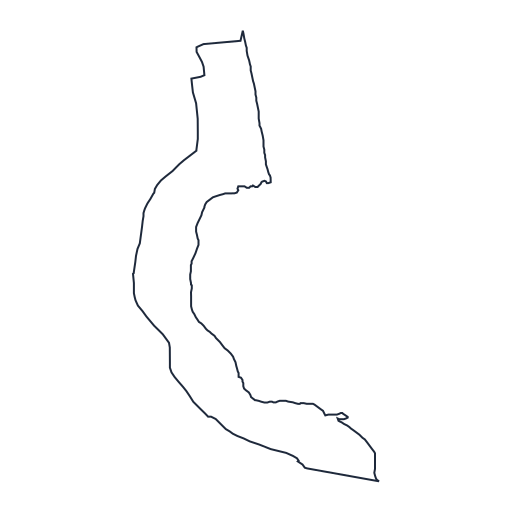 the district of Fayid, Al Isma`iliyah, Egypt
{"feature_id": "37247803B37861588601733", "entity_name": "Fayid", "entity_type": "district", "adm_level": 2, "iso_a3": "EGY", "parent_name": "Egypt", "parent_adm1": "Al Isma`iliyah", "projection": "albers", "projection_center": [32.345, 30.367], "detail": "fine", "context": "isolated", "style": "outline", "palette": "slate", "viewbox_px": 512, "rotation_deg": 0, "n_neighbors": 0, "source": "geoboundaries", "source_scale": "gbopen_adm2", "svg_char_len": 4100}
<svg xmlns="http://www.w3.org/2000/svg" viewBox="0 0 512 512"><path d="M379.0,481.3L376.7,479.7L375.9,478.2L375.1,475.9L374.3,472.8L375.0,468.9L375.0,464.2L375.0,460.3L375.0,457.2L375.0,453.3L374.2,451.8L371.8,448.7L369.5,445.6L367.2,442.5L364.8,439.4L362.5,437.8L359.4,434.7L356.3,432.4L353.2,430.1L350.9,428.5L349.3,427.0L347.0,425.4L345.5,424.7L343.9,423.9L341.6,422.3L340.0,421.6L338.5,420.8L337.7,418.5L339.2,419.2L341.6,419.2L343.9,419.2L346.2,418.4L347.7,417.6L347.7,416.9L345.4,415.3L343.1,413.8L342.3,413.0L340.8,413.0L339.2,413.8L336.9,414.6L334.6,414.6L332.3,414.6L330.0,414.6L328.4,414.6L325.3,415.4L324.5,413.9L323.0,410.8L320.7,409.2L317.6,406.9L314.5,404.6L312.9,403.8L311.4,403.8L307.5,403.8L306.7,403.8L303.6,403.1L302.1,403.1L300.6,403.1L299.8,403.9L298.2,403.9L295.1,403.1L292.8,402.3L288.2,401.6L285.9,400.8L284.3,400.8L282.0,400.8L279.7,400.8L277.4,401.6L275.8,402.4L273.5,402.4L272.0,401.7L269.7,401.7L267.4,402.5L264.3,402.5L261.2,401.7L258.9,400.9L255.8,400.2L255.0,400.2L251.1,397.1L250.3,394.8L248.8,392.4L245.7,390.1L244.9,389.3L244.1,388.6L243.3,386.2L243.3,383.1L242.5,381.6L242.5,380.0L241.0,377.7L238.6,376.9L238.6,374.6L238.6,373.9L238.6,373.0L237.8,371.5L237.0,368.4L236.3,366.0L235.5,362.2L233.9,359.0L233.1,356.7L230.8,353.6L227.7,350.5L224.6,348.2L222.2,345.1L219.9,342.0L217.6,339.7L216.0,338.1L214.5,335.8L211.4,333.5L209.8,331.9L207.5,330.4L205.9,328.8L203.6,325.7L201.3,323.4L198.9,321.9L197.4,319.5L195.8,317.2L194.3,314.1L192.7,311.8L191.9,309.5L191.1,306.3L191.1,302.5L191.1,301.5L191.1,299.3L191.1,296.2L191.0,292.3L191.8,288.4L191.8,285.3L191.0,284.6L191.0,283.0L190.2,279.1L190.2,274.5L190.9,271.3L190.9,269.0L190.9,266.7L190.9,265.1L191.6,263.6L191.6,261.2L192.4,259.7L193.2,258.1L195.4,253.4L196.2,251.1L197.0,248.7L198.5,244.9L198.5,243.3L198.5,240.2L197.7,238.6L196.9,234.7L196.1,231.6L196.1,227.0L197.6,223.1L199.9,218.4L201.4,215.3L202.1,212.2L204.4,207.5L204.4,206.7L205.2,204.4L206.7,202.0L212.9,197.3L215.2,196.5L219.8,195.0L222.9,194.2L225.2,193.4L229.1,193.4L230.6,193.4L234.5,193.3L236.8,192.6L238.3,190.2L237.5,188.7L238.3,186.3L239.8,186.3L241.4,186.3L244.5,186.3L246.8,187.8L249.1,187.8L250.6,186.3L252.2,186.3L252.9,185.5L255.3,187.0L257.6,187.0L258.3,186.2L259.9,184.7L260.7,183.9L261.4,182.3L262.2,181.6L264.5,180.8L266.0,181.5L266.8,183.1L268.4,183.1L270.7,182.3L270.7,181.5L270.6,177.6L269.9,175.3L269.1,174.5L268.3,172.2L267.5,169.1L266.7,166.8L265.9,164.4L265.9,161.3L265.1,157.4L265.1,155.1L264.3,152.8L264.3,149.7L263.5,146.5L263.5,143.4L263.5,140.3L262.7,135.7L261.9,132.5L261.6,131.3L261.1,128.7L259.5,125.6L259.5,123.2L258.7,118.6L258.7,115.4L258.7,111.6L257.9,107.7L257.1,103.8L256.3,100.7L256.3,97.6L255.5,94.5L255.5,91.3L254.7,87.5L253.9,83.6L253.1,81.2L252.3,77.4L251.5,73.5L250.7,70.4L250.7,66.5L249.9,64.1L249.7,63.0L249.1,60.3L247.5,55.6L246.7,50.9L246.7,47.8L245.9,45.5L245.1,41.6L244.3,38.5L243.5,33.8L242.8,30.7L240.5,40.8L203.5,44.1L198.1,46.5L196.5,47.3L196.6,51.9L199.9,58.0L202.0,62.0L203.6,66.7L204.4,75.2L200.6,76.8L191.4,78.6L191.9,83.5L192.1,85.4L192.9,92.4L196.1,103.3L196.9,111.0L197.7,118.8L197.8,132.0L197.8,139.0L196.4,149.9L196.4,150.7L184.1,160.1L179.5,164.0L176.4,167.1L172.6,171.0L165.6,176.5L161.0,180.4L157.2,185.0L154.9,188.9L154.2,192.8L153.4,193.6L150.3,199.1L148.1,202.4L147.3,203.7L145.0,208.4L144.2,210.7L143.5,213.1L143.5,216.2L142.7,220.9L142.0,227.1L139.8,243.4L137.5,248.9L136.0,255.9L135.3,262.1L134.5,267.5L133.8,272.2L133.8,273.0L133.0,273.8L133.9,283.1L133.9,288.5L133.9,293.2L134.7,297.1L135.5,300.2L136.5,302.5L137.9,305.6L142.5,311.1L146.4,316.5L154.2,325.8L158.9,330.4L162.8,334.3L169.0,342.8L169.8,347.5L169.9,362.3L169.9,367.7L171.5,372.4L174.6,377.0L178.5,381.7L183.2,387.1L186.3,391.0L189.4,395.6L190.1,396.7L193.3,401.8L197.2,405.7L200.3,408.8L205.0,413.4L207.3,415.8L208.1,416.7L211.1,416.7L215.7,419.0L225.8,429.1L229.7,431.4L232.8,433.7L237.4,436.0L243.6,438.4L249.8,441.4L259.1,444.5L270.7,449.1L286.2,452.9L293.1,456.0L297.0,458.3L298.6,460.7L297.8,461.4L302.5,464.5L304.8,467.7L307.1,468.4L311.0,469.1L379.0,481.3Z" fill="none" stroke="#1e293b" stroke-width="2"/></svg>